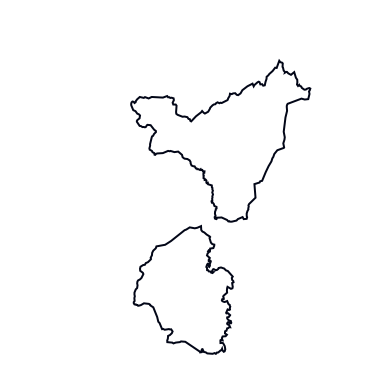 Belier, Lacs, Ivory Coast, rotated 17°
{"feature_id": "98640826B5123145245776", "entity_name": "Belier", "entity_type": "district", "adm_level": 2, "iso_a3": "CIV", "parent_name": "Ivory Coast", "parent_adm1": "Lacs", "projection": "equal_earth", "projection_center": [-5.056, 6.922], "detail": "fine", "context": "isolated", "style": "outline", "palette": "ink", "viewbox_px": 384, "rotation_deg": 17, "n_neighbors": 0, "source": "geoboundaries", "source_scale": "gbopen_adm2", "svg_char_len": 6079}
<svg xmlns="http://www.w3.org/2000/svg" viewBox="0 0 384 384"><g transform="rotate(17 192 192)"><path d="M273.7,58.3L271.7,59.7L270.9,60.8L269.5,61.3L266.6,60.3L265.6,59.2L263.8,58.9L263.2,58.2L262.4,59.6L261.0,58.5L260.7,56.3L259.8,53.8L258.0,52.4L254.7,47.5L252.4,51.0L249.4,50.4L247.7,49.4L247.0,49.6L246.0,50.7L246.0,50.2L244.2,49.1L242.5,46.2L242.0,45.9L241.2,42.5L240.4,42.0L238.5,42.0L237.1,41.0L236.7,48.6L235.2,48.8L233.7,52.8L231.4,56.6L230.9,58.1L229.7,60.0L230.2,62.1L230.1,65.1L230.4,68.7L229.0,69.5L227.6,68.4L225.9,69.1L224.5,67.2L223.6,67.0L222.6,67.9L220.4,71.5L220.1,72.9L218.2,70.7L214.1,74.7L210.4,79.9L209.6,83.5L207.8,85.9L206.3,86.0L204.5,84.9L202.5,85.7L201.4,86.8L199.6,86.9L199.9,89.1L199.2,91.9L199.2,93.4L198.8,94.0L194.4,98.2L193.1,98.3L192.3,99.1L190.2,98.8L189.0,100.1L188.7,101.2L187.3,101.9L186.3,103.1L184.8,106.0L184.8,107.1L184.0,110.5L181.4,113.2L180.0,112.8L178.0,111.6L177.5,113.0L173.7,118.4L170.6,124.7L169.7,124.5L168.6,123.0L167.3,123.1L165.7,121.8L162.9,122.0L160.9,122.8L155.6,122.4L154.1,121.8L153.4,120.2L152.0,114.0L150.8,113.1L148.5,113.8L147.4,112.3L147.8,109.4L147.0,107.8L144.9,107.8L143.7,108.4L142.6,108.0L141.5,108.4L140.2,107.5L136.6,110.2L125.7,112.9L123.2,115.2L119.3,115.0L118.4,116.1L114.3,116.4L112.5,119.3L111.8,121.2L111.8,122.7L111.0,123.7L109.9,122.8L108.6,122.9L108.0,124.0L108.1,125.7L108.6,126.9L111.9,130.9L114.3,131.2L116.8,133.1L118.4,133.2L119.9,134.0L120.3,136.9L118.7,139.2L118.5,140.3L118.8,141.0L122.6,144.1L123.9,143.9L125.6,144.4L127.0,143.9L128.1,143.9L128.9,143.2L129.3,141.5L129.8,140.8L132.9,140.2L137.6,143.5L139.6,144.2L140.0,145.2L138.7,147.7L138.4,149.6L137.6,150.4L137.5,151.2L137.9,158.5L138.4,159.9L138.5,162.7L139.2,163.9L141.6,164.4L142.6,165.5L144.5,165.8L145.3,167.3L146.0,167.2L146.5,166.0L147.5,165.3L152.8,163.3L157.1,159.7L158.9,159.5L159.5,159.0L163.5,159.0L167.0,157.4L171.6,159.4L172.8,161.4L173.9,161.9L175.1,162.3L178.0,161.8L180.6,162.5L181.9,163.8L182.3,165.0L183.8,166.8L185.8,167.0L187.0,166.7L188.8,168.3L189.6,168.1L190.3,168.7L191.3,168.3L193.1,168.6L193.7,167.6L194.4,168.3L195.4,167.9L196.3,168.9L197.9,168.6L198.1,169.8L197.5,169.8L197.4,170.5L198.0,172.6L198.6,173.1L198.5,173.8L199.0,175.4L200.2,175.6L200.6,176.8L201.6,176.3L202.4,176.8L202.9,178.6L203.4,179.2L204.4,178.5L205.1,179.9L209.0,179.9L209.7,181.8L210.3,182.1L210.8,183.7L211.6,184.6L211.5,186.5L212.8,188.2L212.7,190.2L213.2,191.3L213.2,192.4L214.0,194.4L213.4,194.9L213.5,195.5L214.2,196.4L214.8,196.1L216.2,196.9L217.5,198.8L219.8,199.1L220.3,200.6L219.7,201.4L220.0,202.3L219.8,203.9L220.3,206.1L221.5,207.9L221.0,209.4L221.7,210.7L222.9,211.0L222.9,211.4L223.4,210.5L223.2,210.1L223.1,209.4L227.8,207.7L233.7,208.5L235.4,209.5L236.2,209.0L236.9,209.3L238.8,208.7L242.9,206.3L243.8,204.5L247.7,201.2L249.4,202.8L252.1,201.7L252.1,200.0L251.4,199.1L250.6,196.6L250.6,194.1L251.0,192.1L250.6,191.2L250.5,189.3L249.9,188.3L250.1,186.8L254.4,178.9L249.4,166.2L253.8,163.2L254.1,161.8L255.8,160.8L256.7,151.4L257.7,144.8L259.0,139.5L259.0,136.3L259.5,134.7L259.6,131.6L261.4,127.1L266.9,123.0L267.1,122.5L265.1,118.8L265.1,114.9L264.7,112.5L262.1,107.6L259.6,93.4L259.2,86.6L257.7,82.8L257.4,81.3L257.7,79.7L269.4,70.7L272.8,70.6L276.0,69.2L275.7,63.9L274.5,61.6L274.9,60.4L274.9,58.5L273.7,58.3ZM269.8,334.8L269.8,332.7L268.4,329.9L266.0,327.5L264.9,327.5L263.4,328.1L262.6,325.8L262.6,325.3L262.9,325.1L264.6,324.9L263.3,323.1L263.5,321.2L266.3,320.1L267.1,318.3L264.9,317.6L264.5,316.3L264.4,315.5L265.5,314.6L265.5,312.1L266.4,311.6L267.1,310.4L268.0,310.2L266.6,308.5L264.5,308.1L264.0,307.3L264.5,306.0L265.2,305.9L266.6,306.4L267.7,306.1L267.8,305.6L266.8,304.0L265.3,304.1L263.5,303.4L262.5,302.4L262.3,301.6L263.8,300.7L264.0,299.4L264.5,299.0L264.5,298.6L261.8,297.4L260.5,298.0L260.0,297.6L260.4,293.9L261.9,294.1L262.7,293.3L262.1,292.0L262.1,290.4L261.1,289.4L261.1,289.0L259.5,288.4L257.5,286.0L255.5,287.6L254.4,287.7L252.9,287.5L252.2,286.8L252.3,285.6L253.6,285.1L253.4,284.2L252.4,282.9L252.5,282.0L255.0,278.0L254.2,276.1L253.7,273.6L253.7,272.3L257.6,273.2L258.8,272.3L258.7,270.8L257.0,267.3L258.1,266.2L257.5,265.1L256.1,264.3L255.2,262.6L255.7,261.0L249.4,257.1L247.3,257.0L245.2,255.8L241.8,255.7L239.7,256.9L239.6,257.9L238.5,259.4L237.1,259.8L235.3,259.4L234.7,259.8L234.2,262.4L234.6,262.8L235.9,262.4L235.3,263.5L233.8,263.5L233.2,262.7L231.2,263.0L230.4,262.1L229.3,262.3L228.5,260.1L227.6,259.5L227.7,256.9L228.0,256.0L228.6,255.9L229.4,256.9L229.9,258.4L230.4,258.6L230.7,257.3L230.1,255.7L230.3,253.0L230.1,252.7L228.8,253.5L228.2,253.2L228.1,252.7L228.6,252.5L228.7,252.1L227.9,251.9L228.3,249.9L224.9,248.3L224.9,246.2L225.8,244.5L224.7,244.1L225.1,242.8L226.4,243.1L225.9,240.8L228.8,239.4L229.0,236.9L228.7,235.8L226.7,235.9L224.9,234.9L222.4,231.2L222.2,230.8L222.5,229.7L222.1,229.4L218.4,228.4L215.6,227.1L213.6,226.8L212.5,226.1L211.9,225.5L210.6,222.0L207.6,224.6L205.3,225.9L200.2,226.5L197.5,229.6L196.1,230.7L186.2,245.1L181.8,250.3L173.9,254.4L173.8,256.5L172.1,259.4L171.7,261.8L172.2,264.2L171.7,267.0L172.4,268.1L172.1,268.9L170.4,272.0L168.6,273.5L168.2,275.4L166.7,276.1L164.6,278.5L164.7,280.5L165.5,282.5L168.6,283.6L169.5,284.7L168.8,289.0L167.8,290.8L166.3,292.3L166.0,293.6L166.3,295.5L167.2,297.1L167.6,299.9L166.7,301.6L166.4,305.0L167.0,307.0L167.8,308.4L167.9,310.3L169.0,313.0L168.5,314.4L168.9,315.5L169.9,316.3L171.1,315.9L171.6,316.3L172.9,316.0L173.4,316.5L174.2,316.4L176.2,315.1L178.6,312.5L183.5,311.6L184.9,312.0L185.1,313.1L185.2,312.6L188.7,313.6L195.3,321.8L197.7,325.9L199.3,326.8L203.5,331.9L204.4,331.4L206.2,331.7L210.1,329.8L211.1,329.9L212.2,329.4L214.2,331.0L214.0,333.0L212.6,335.4L211.2,336.6L211.8,339.4L211.7,341.2L212.3,342.8L217.2,341.8L218.5,342.2L220.6,340.7L224.3,339.1L225.2,338.1L229.4,337.2L246.3,342.4L246.7,343.0L248.3,342.2L248.5,341.7L247.4,340.6L247.6,339.4L248.0,339.2L250.1,341.5L252.0,341.3L253.8,341.9L259.0,340.7L260.8,339.4L262.0,339.8L262.4,339.5L262.7,338.3L264.0,337.8L265.7,335.1L266.4,334.7L266.6,333.1L267.4,334.5L269.1,335.5L269.8,334.8Z" fill="none" stroke="#020617" stroke-width="2"/></g></svg>